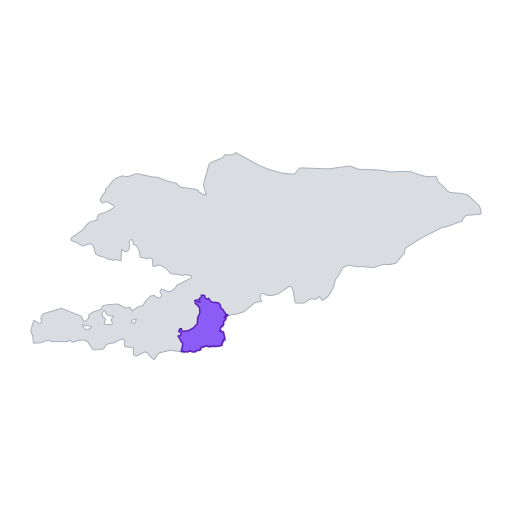 location of Alay, Osh, Kyrgyzstan
{"feature_id": "92254566B995553538907", "entity_name": "Alay", "entity_type": "district", "adm_level": 2, "iso_a3": "KGZ", "parent_name": "Kyrgyzstan", "parent_adm1": "Osh", "projection": "natural_earth1", "projection_center": [73.817, 39.902], "detail": "fine", "context": "in_parent", "style": "filled", "palette": "violet", "viewbox_px": 512, "rotation_deg": 0, "n_neighbors": 0, "source": "geoboundaries", "source_scale": "gbopen_adm2", "svg_char_len": 8470}
<svg xmlns="http://www.w3.org/2000/svg" viewBox="0 0 512 512"><path d="M102.1,306.4L103.4,305.6L107.7,304.8L116.4,304.0L119.3,304.6L125.2,308.0L129.7,307.5L130.5,308.0L132.2,310.9L138.5,306.7L143.1,305.4L145.4,301.2L150.3,296.1L154.5,295.3L154.6,296.1L155.4,296.9L159.6,298.1L160.9,296.7L161.6,294.9L160.1,292.0L160.1,290.8L161.5,289.0L168.2,291.7L169.8,291.7L172.9,290.1L175.7,287.4L176.7,285.3L190.6,278.3L191.6,277.0L191.4,276.1L185.6,274.5L183.0,275.4L180.6,275.4L179.1,274.4L172.0,274.0L170.5,273.3L165.8,268.2L160.0,265.1L157.2,265.2L153.9,266.6L152.8,266.0L152.6,261.2L151.9,258.4L149.9,257.7L147.3,258.8L140.2,257.3L139.4,251.3L136.8,246.1L133.1,244.0L133.0,240.8L131.6,239.5L130.5,239.9L129.1,241.4L129.8,244.9L129.2,248.4L128.3,250.2L126.7,251.5L124.8,251.5L121.6,249.7L121.0,260.3L120.4,260.9L116.5,259.5L113.4,260.1L108.8,259.4L105.4,257.7L98.6,255.7L95.5,253.8L93.6,246.7L91.8,244.2L90.0,243.6L82.8,246.1L75.5,241.8L71.9,240.9L70.9,239.6L71.1,237.9L82.4,230.1L86.8,224.6L89.6,222.3L96.7,219.9L98.3,214.9L98.9,214.4L106.1,212.0L114.1,207.6L114.3,206.4L113.5,205.4L106.4,201.4L102.7,203.2L100.5,200.9L100.6,198.5L103.0,194.5L105.1,192.4L106.0,188.5L108.9,185.9L111.9,181.8L115.6,178.4L122.3,175.8L126.0,176.7L129.6,176.1L135.0,174.0L138.3,173.8L152.3,177.0L156.9,177.1L167.8,181.2L176.3,183.3L180.4,187.2L194.0,189.0L197.8,190.1L199.1,192.0L203.0,194.4L206.3,195.0L203.4,185.5L204.6,179.9L208.9,164.6L211.2,162.3L222.3,158.0L224.8,154.8L232.8,154.8L234.5,154.2L235.4,152.4L260.1,165.9L269.4,169.6L282.3,173.1L293.3,174.2L295.1,173.4L299.5,168.2L301.5,167.9L328.7,168.9L348.1,166.1L350.9,166.2L358.1,169.2L381.1,170.1L390.1,172.0L404.4,171.3L410.4,171.7L421.3,175.4L425.2,176.3L432.3,176.8L435.0,176.2L436.5,177.1L438.2,181.8L445.0,187.9L447.5,191.2L450.1,192.5L462.8,193.5L467.6,194.8L479.6,206.2L481.3,212.9L480.1,214.3L467.6,215.2L464.8,216.2L461.9,221.1L445.3,227.2L442.8,227.1L420.5,238.5L405.2,248.2L404.6,252.8L395.6,263.4L388.8,264.7L383.0,264.4L373.5,267.7L361.3,266.5L357.2,266.7L349.2,265.3L345.9,266.0L342.5,268.2L337.9,276.6L336.0,278.6L335.1,280.5L334.4,284.6L332.7,289.0L328.7,295.6L325.3,298.7L322.1,300.6L319.6,296.6L315.5,299.3L311.6,298.8L309.2,299.6L303.8,303.1L295.8,303.0L295.0,301.8L293.3,292.1L291.9,287.6L290.7,286.6L289.3,286.4L277.9,294.0L272.6,295.4L268.2,295.6L262.5,293.3L261.2,293.9L260.3,295.1L259.9,296.7L261.5,301.0L261.1,301.8L258.5,301.7L254.9,302.7L243.9,311.7L237.0,314.0L230.5,314.9L226.7,316.5L224.5,319.8L220.2,329.0L220.4,330.9L222.2,333.4L223.5,339.0L223.2,340.4L219.7,345.0L215.3,346.4L211.9,347.1L205.2,346.5L201.8,347.4L195.5,350.9L190.3,351.6L180.6,351.7L171.0,350.4L167.8,350.8L159.3,352.9L156.4,356.1L154.9,359.1L154.0,359.6L150.6,356.8L146.4,352.1L144.2,352.2L136.6,356.0L135.4,355.9L133.3,354.4L133.6,348.4L131.1,347.2L125.9,346.9L124.2,345.6L124.8,341.7L124.2,340.2L122.9,339.1L120.1,339.4L114.7,342.7L108.3,343.8L106.1,344.8L103.6,349.0L95.1,349.9L92.4,348.9L87.3,341.2L83.0,340.0L78.5,340.3L72.4,342.3L70.9,340.6L69.4,340.1L67.9,341.5L60.5,341.7L52.9,341.6L48.6,340.6L45.8,340.7L40.2,342.8L33.4,343.2L32.7,335.9L30.7,331.0L32.9,323.0L34.1,320.3L39.2,323.4L41.0,322.9L41.5,321.3L40.8,317.7L43.4,313.7L61.4,308.3L81.2,316.2L83.7,321.3L85.5,321.1L88.3,318.8L89.1,314.4L93.0,312.0L101.6,309.1L102.1,306.4ZM112.1,324.3L112.5,323.5L111.1,319.8L113.1,316.2L109.1,315.7L107.0,314.6L104.8,311.0L104.0,310.9L102.8,311.9L102.1,314.2L102.7,316.7L105.5,319.1L104.1,324.1L110.1,324.7L112.1,324.3ZM91.3,327.7L91.2,326.7L89.8,326.2L82.4,324.8L82.6,325.8L85.5,329.5L87.6,329.7L91.3,327.7ZM135.7,321.3L136.2,319.0L131.7,320.3L131.2,321.5L132.7,323.0L134.6,323.5L135.7,321.3Z" fill="#d9dde1" stroke="#a8b0b8" stroke-width="1"/><path d="M179.9,328.8L178.7,331.1L179.0,331.5L179.3,331.9L179.8,332.1L180.4,332.4L180.7,332.7L180.9,333.0L181.2,333.6L181.2,334.1L181.0,334.8L180.3,335.5L178.3,335.9L178.2,336.4L179.6,338.5L180.3,339.3L180.3,339.9L181.1,341.5L182.0,342.3L182.5,342.8L182.6,343.9L182.7,345.1L182.5,345.7L182.6,346.7L182.3,346.9L182.4,347.3L182.1,347.8L181.2,350.9L181.2,351.3L181.4,351.7L183.1,351.1L183.3,351.1L183.4,351.6L183.5,351.8L183.8,352.1L184.0,352.3L184.4,352.0L184.7,351.8L185.0,351.8L185.4,351.8L185.6,351.6L185.8,351.6L186.1,351.6L186.5,351.9L186.9,351.9L187.3,352.0L187.6,351.9L187.8,351.8L188.0,351.8L188.3,351.7L188.6,351.5L188.7,351.3L189.0,351.2L189.4,351.1L189.6,351.2L190.0,351.0L190.2,350.8L190.5,351.1L190.8,351.2L191.0,351.1L191.4,351.4L191.7,351.5L191.8,351.7L192.0,351.8L192.3,352.0L193.1,351.9L193.4,352.0L193.7,352.1L194.1,352.0L194.4,351.7L194.8,351.5L195.3,351.8L195.9,351.6L196.1,350.8L196.2,350.6L196.5,350.5L197.0,350.6L197.7,350.5L197.9,350.4L198.0,350.3L198.8,350.5L199.1,350.5L199.3,350.1L200.4,350.0L200.4,349.7L200.5,349.6L200.8,349.2L200.7,349.0L200.7,348.5L200.4,348.3L200.3,348.0L200.5,347.8L200.8,347.9L200.9,348.0L201.1,348.0L201.5,347.5L201.9,347.2L202.0,346.9L202.8,346.9L203.0,347.0L203.3,347.0L203.6,347.1L203.8,347.0L204.0,347.0L204.1,346.8L204.2,346.5L204.3,346.4L205.0,346.3L205.2,346.1L205.5,346.0L205.8,346.0L206.1,346.1L206.3,346.0L206.5,345.9L207.0,345.8L207.2,346.0L207.3,346.1L207.5,346.0L207.9,346.3L208.1,346.4L208.5,346.5L208.8,346.7L209.2,346.7L209.3,346.7L209.7,346.3L210.1,346.1L210.3,346.2L210.3,346.4L210.6,346.6L210.9,346.5L211.1,346.4L211.3,346.1L211.6,346.1L212.0,345.9L212.3,345.8L212.6,345.9L212.7,346.0L213.1,345.9L213.5,346.3L213.8,346.4L214.1,346.3L214.2,346.2L214.4,346.3L214.5,346.2L214.7,346.4L215.0,346.3L215.2,346.5L215.7,346.5L215.9,346.5L216.1,346.5L216.6,346.4L216.9,346.4L217.0,346.4L217.7,346.2L217.9,346.1L218.2,346.1L218.4,346.1L218.5,346.1L219.0,346.1L219.5,346.0L219.8,346.0L220.1,345.9L220.3,345.9L220.5,345.8L220.6,345.7L220.8,345.6L221.3,345.5L221.6,345.4L221.9,345.3L221.8,345.1L222.0,344.7L221.7,344.5L221.8,344.3L221.8,344.1L221.8,343.8L222.1,343.5L222.1,343.3L222.2,343.2L222.4,343.2L222.5,342.9L222.6,342.7L222.4,342.5L222.2,342.5L222.0,342.3L222.1,342.1L222.4,342.0L222.5,341.9L222.6,341.7L222.8,341.6L223.0,341.6L223.1,341.3L223.5,341.2L223.6,340.8L223.4,340.5L223.4,340.3L223.5,340.2L223.4,340.1L223.4,339.8L223.4,339.7L223.6,339.8L223.7,339.7L223.8,339.7L224.0,339.6L224.4,339.6L224.4,339.4L224.8,339.4L224.9,339.5L224.9,339.1L224.8,338.9L224.8,338.7L224.9,338.4L224.9,338.2L224.8,337.9L224.7,337.9L224.6,337.7L224.6,337.3L224.6,337.2L224.5,336.7L224.5,336.4L224.5,336.1L224.3,335.8L224.3,335.7L224.2,335.4L224.0,335.1L223.9,334.9L223.9,334.5L223.9,334.4L224.0,334.1L224.0,333.9L223.9,333.7L223.5,333.4L223.4,333.3L223.4,333.2L223.5,332.9L223.6,333.0L223.7,332.8L223.5,332.6L223.4,332.6L223.2,332.4L223.1,332.2L223.1,331.9L222.9,331.8L222.8,331.7L222.7,331.8L222.4,331.7L222.3,331.8L222.0,331.8L221.6,331.8L221.6,331.7L221.5,331.4L221.4,331.2L221.3,331.3L221.1,331.2L220.8,331.2L220.7,331.2L220.6,331.4L220.3,331.3L220.4,331.2L220.4,330.8L220.4,330.7L220.3,330.4L220.2,330.3L220.1,330.0L220.3,329.7L220.2,329.5L220.4,329.3L220.4,329.1L220.4,328.9L220.4,328.6L220.6,328.2L220.6,327.7L220.8,327.4L221.0,326.9L221.2,326.7L221.3,326.5L221.5,326.5L221.7,326.4L221.9,326.3L222.0,326.4L222.1,325.9L222.4,325.8L222.4,325.7L222.5,325.7L223.0,325.8L223.2,325.7L223.3,325.4L223.4,325.2L223.5,324.9L223.5,324.7L223.6,324.3L223.7,324.0L223.8,323.9L223.8,323.7L223.7,323.5L223.6,323.4L223.2,323.2L223.2,322.8L223.3,322.6L223.5,322.3L223.6,322.1L223.8,321.9L223.9,321.4L224.0,321.3L224.1,321.1L224.2,320.9L224.3,320.9L224.5,320.8L224.5,320.6L224.6,320.4L224.9,320.2L225.0,320.1L225.3,320.0L225.4,319.7L225.5,319.6L225.7,319.2L225.8,318.8L225.9,318.6L226.1,318.5L226.1,318.4L225.8,318.2L225.0,317.9L224.9,317.8L224.8,317.7L224.3,317.5L224.3,317.4L224.4,317.2L224.5,317.1L224.8,317.0L224.8,316.9L225.0,317.0L225.2,316.9L225.4,316.8L225.5,316.7L225.8,316.7L226.1,316.4L226.3,316.2L226.5,316.3L226.9,316.4L227.0,316.3L227.0,316.2L227.1,315.9L227.1,315.5L227.3,315.3L227.6,315.2L227.8,315.1L227.1,314.5L226.2,314.7L225.6,315.1L225.6,313.6L223.8,311.3L223.5,310.3L222.4,309.1L220.8,308.1L220.6,306.7L220.1,304.6L218.6,303.0L215.9,302.5L212.5,302.3L210.7,301.5L209.9,300.1L208.6,298.4L207.8,299.1L206.4,298.9L204.9,297.6L204.6,295.6L203.7,295.3L201.4,295.2L201.4,297.3L201.0,297.6L199.9,298.1L198.8,299.3L199.6,300.3L199.9,301.9L198.1,302.0L197.2,300.1L196.2,300.1L194.8,300.5L195.1,301.1L195.2,302.5L195.5,303.6L197.2,305.0L199.4,307.5L199.7,309.1L199.8,313.3L197.8,317.2L197.5,319.5L197.4,323.6L193.7,327.7L188.5,330.6L184.3,331.2L182.3,331.1L181.5,330.0L181.4,328.7L179.9,328.8Z" fill="#8b5cf6" stroke="#5b21b6" stroke-width="1.5"/></svg>